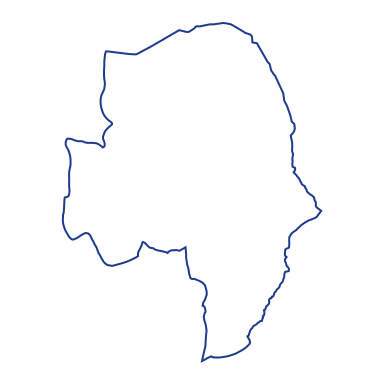 Angkor Chey, Kâmpôt, Cambodia
{"feature_id": "14789045B76666331169485", "entity_name": "Angkor Chey", "entity_type": "district", "adm_level": 2, "iso_a3": "KHM", "parent_name": "Cambodia", "parent_adm1": "Kâmpôt", "projection": "robinson", "projection_center": [104.635, 10.793], "detail": "fine", "context": "isolated", "style": "outline", "palette": "blue", "viewbox_px": 384, "rotation_deg": 0, "n_neighbors": 0, "source": "geoboundaries", "source_scale": "gbopen_adm2", "svg_char_len": 5374}
<svg xmlns="http://www.w3.org/2000/svg" viewBox="0 0 384 384"><path d="M250.4,34.6L245.2,32.9L243.7,31.8L233.4,25.7L230.5,24.2L227.4,23.6L225.9,23.3L223.1,23.0L222.2,23.2L220.3,23.4L216.0,24.0L213.1,24.4L210.1,24.3L201.1,26.1L200.3,26.4L196.7,26.3L195.4,26.8L194.6,28.2L189.2,31.7L187.7,31.9L186.5,32.0L185.1,31.6L180.6,30.5L179.2,30.2L178.4,30.6L177.4,31.2L152.6,45.6L137.1,54.0L135.5,54.4L129.7,54.1L122.2,53.2L107.5,51.4L105.9,51.5L105.4,53.2L105.0,54.5L104.8,56.7L104.5,59.2L104.3,62.1L104.3,65.7L104.1,69.4L104.0,72.5L104.0,75.0L104.2,77.8L104.5,80.2L104.7,81.1L104.9,83.6L104.7,85.9L104.2,89.2L103.2,91.5L101.8,94.3L101.1,96.6L100.6,99.2L100.6,103.5L101.0,106.4L101.5,108.5L102.2,110.9L102.9,112.7L103.8,114.7L105.3,116.9L106.0,117.7L106.7,118.5L108.4,120.1L109.8,121.2L111.2,122.2L112.0,123.2L112.0,124.3L110.8,125.5L108.7,127.3L107.8,128.1L106.1,129.9L104.8,131.8L103.8,134.4L103.0,136.7L103.0,138.7L104.0,141.2L104.6,143.2L104.7,145.0L104.4,146.4L103.8,146.9L102.7,147.5L102.0,146.8L99.2,144.6L96.5,143.3L92.9,142.9L90.1,142.9L87.6,142.9L84.3,142.2L82.6,141.3L80.3,141.2L77.8,141.2L74.0,140.1L72.4,139.3L70.9,138.9L69.1,138.8L67.9,138.6L67.0,139.0L66.5,139.7L65.7,142.2L65.7,144.9L66.8,147.5L67.9,149.2L68.7,151.1L69.6,153.8L70.3,157.0L70.5,159.7L70.6,163.2L70.4,166.1L69.8,168.6L69.3,171.0L69.1,173.1L69.1,177.0L69.2,181.1L69.1,184.3L69.1,186.4L69.4,188.7L69.5,190.9L69.3,193.2L68.8,195.6L68.1,196.3L66.7,197.1L65.1,197.3L64.6,198.0L64.3,202.1L64.1,206.8L63.9,210.1L63.7,212.7L63.0,214.8L63.0,217.1L62.8,220.1L63.2,223.9L64.1,227.1L65.4,230.5L66.8,233.0L68.3,235.6L70.0,237.9L71.6,239.2L72.8,239.6L74.4,239.2L77.4,237.8L80.4,235.7L83.0,234.1L85.5,233.0L88.1,233.4L89.9,234.9L92.0,239.1L93.3,241.5L94.1,243.1L94.8,244.7L95.6,245.9L96.6,247.7L97.6,250.4L98.4,252.6L98.7,253.4L99.2,253.9L100.0,255.4L101.7,258.6L103.7,261.9L104.8,263.1L106.2,264.2L107.7,265.1L112.3,265.9L116.1,264.9L120.0,263.8L125.1,262.3L128.8,260.9L133.0,258.9L135.5,257.7L137.3,256.6L138.0,256.2L138.0,253.0L138.9,250.9L140.1,248.7L141.4,245.7L142.3,242.9L142.8,242.0L144.6,242.7L147.0,245.1L149.4,247.4L151.3,248.0L152.9,248.1L155.3,249.6L158.1,250.5L160.8,250.9L164.8,251.9L166.8,252.5L167.6,253.0L168.4,251.9L169.5,251.3L170.2,250.8L171.5,250.4L172.3,250.2L174.5,250.3L175.6,250.0L177.6,250.3L179.2,250.8L181.1,249.9L181.8,249.4L184.4,248.0L185.5,247.3L186.0,252.6L186.1,254.0L186.1,257.3L187.1,264.3L188.4,268.6L189.2,273.9L190.5,278.1L192.0,279.0L194.1,278.8L195.7,279.4L199.6,281.0L202.5,282.6L205.1,285.5L206.6,291.2L206.7,294.7L205.1,299.4L203.3,302.5L202.6,305.7L204.2,306.3L205.1,308.6L205.6,311.8L204.8,312.9L203.7,316.7L204.4,320.4L205.7,324.7L206.6,330.7L206.0,335.7L205.4,346.1L203.6,353.7L202.0,361.0L205.3,359.4L207.1,358.2L209.2,357.3L211.2,356.3L212.3,357.1L213.3,357.3L214.6,357.4L215.5,357.5L218.5,357.5L221.3,357.3L224.7,356.7L227.1,356.4L229.5,355.7L232.4,354.8L236.0,353.5L237.9,352.4L241.1,350.7L243.6,349.2L245.7,347.7L248.3,345.3L249.6,343.8L250.1,342.4L249.7,341.7L249.8,340.6L249.1,339.2L248.6,338.6L247.9,337.4L247.4,336.3L248.7,335.6L249.3,333.1L249.7,332.3L250.0,331.0L250.4,330.2L251.0,329.3L251.5,328.7L252.2,328.1L252.8,327.0L253.8,325.8L254.7,325.4L255.7,324.9L256.6,324.1L257.5,323.2L258.1,322.7L259.0,322.2L260.0,321.3L261.0,320.8L261.9,320.9L262.1,320.0L262.5,318.5L263.0,317.8L262.8,316.6L263.1,315.8L263.9,315.4L264.2,314.1L264.4,313.2L264.3,311.5L263.9,310.5L264.5,309.6L265.2,309.5L265.5,308.8L265.9,307.5L266.2,306.5L267.2,305.8L267.9,305.0L268.5,304.4L268.9,303.7L269.3,302.4L269.2,301.6L269.0,300.3L269.1,299.5L269.6,298.9L270.3,298.3L271.4,298.1L271.9,296.7L272.6,296.7L273.4,296.1L273.7,295.1L274.1,294.1L274.4,293.0L274.8,292.3L275.8,291.5L276.4,290.1L276.9,289.6L277.7,288.8L278.4,288.2L278.9,287.7L279.4,286.8L279.9,285.4L280.3,284.3L281.0,283.5L282.3,282.1L283.1,280.5L283.3,279.1L283.8,278.3L284.2,276.9L284.2,275.6L284.4,274.3L285.1,271.9L286.2,271.6L287.3,271.4L288.7,271.1L288.8,270.2L289.0,269.2L288.7,268.3L288.0,267.3L286.5,265.8L286.5,264.9L286.1,264.0L285.8,262.8L285.4,262.0L284.9,261.0L285.0,260.0L285.0,259.2L285.5,258.5L286.2,257.7L286.6,257.0L285.7,256.3L285.2,255.7L284.8,254.4L284.9,253.3L285.1,251.5L285.2,249.7L286.0,248.9L286.9,248.5L288.4,247.9L289.0,247.5L289.1,246.6L289.3,244.1L289.2,242.2L289.2,239.7L289.3,237.2L290.3,235.5L291.4,233.6L293.9,231.6L296.3,230.0L297.3,228.8L299.4,227.0L301.0,225.3L303.4,223.6L305.5,222.2L308.6,220.5L311.3,219.5L313.1,218.7L315.0,217.9L316.8,216.8L318.6,214.3L321.2,210.9L319.6,209.6L317.7,208.2L316.1,206.7L315.8,205.4L315.9,203.9L315.8,202.1L314.9,201.0L314.5,199.7L314.3,198.8L314.0,197.3L312.1,195.6L310.6,194.7L309.6,193.9L308.1,192.7L307.0,191.5L306.5,189.7L305.9,188.8L305.1,187.6L305.0,186.3L303.5,185.5L301.9,184.3L301.1,182.5L300.0,180.7L299.0,178.4L297.3,176.5L296.1,174.8L294.1,172.8L293.6,172.2L294.9,170.5L295.2,169.0L294.9,167.7L293.9,167.4L292.6,166.7L292.3,163.9L292.6,161.3L292.3,158.6L292.6,156.8L293.1,153.9L292.2,151.8L292.1,150.2L292.1,149.0L292.3,146.5L292.1,142.0L291.2,138.3L290.8,135.3L292.3,133.9L294.0,131.5L294.8,128.9L294.4,124.3L293.6,123.3L291.8,121.7L290.2,115.0L288.4,110.0L287.1,106.1L285.7,103.5L284.5,101.3L284.2,100.2L283.5,95.5L283.4,93.9L282.1,90.8L275.2,75.9L273.2,73.5L272.6,72.3L271.8,71.5L271.1,70.2L269.7,64.1L268.6,63.0L267.6,61.9L256.9,43.2L252.4,42.4L252.1,37.2L251.5,35.7L250.4,34.6Z" fill="none" stroke="#1e3a8a" stroke-width="2"/></svg>